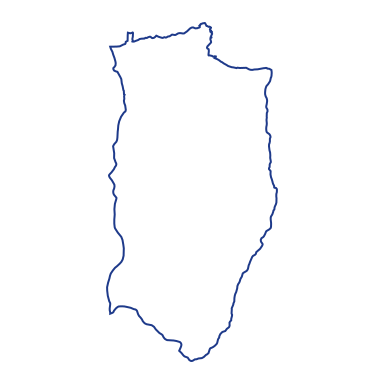 outline of San José De Miranda, Santander, Colombia
{"feature_id": "7082276B56254263811403", "entity_name": "San José De Miranda", "entity_type": "district", "adm_level": 2, "iso_a3": "COL", "parent_name": "Colombia", "parent_adm1": "Santander", "projection": "albers", "projection_center": [-72.731, 6.627], "detail": "fine", "context": "isolated", "style": "outline", "palette": "blue", "viewbox_px": 384, "rotation_deg": 0, "n_neighbors": 0, "source": "geoboundaries", "source_scale": "gbopen_adm2", "svg_char_len": 5910}
<svg xmlns="http://www.w3.org/2000/svg" viewBox="0 0 384 384"><path d="M179.2,350.8L181.5,353.0L183.4,355.4L184.5,356.4L187.7,357.6L189.4,360.1L190.8,360.9L191.5,361.0L192.6,360.8L195.0,359.3L196.0,359.3L196.7,359.2L198.4,358.5L201.8,358.1L202.4,357.8L203.8,357.0L206.0,354.9L207.0,354.4L208.5,353.1L209.7,349.3L210.1,348.5L210.9,348.0L211.6,347.8L213.3,346.9L214.8,345.8L216.6,344.0L217.2,342.9L218.0,339.5L218.5,338.5L219.2,337.6L219.3,336.3L220.3,334.1L222.1,332.2L222.6,331.9L225.3,331.0L226.8,328.9L228.9,327.3L229.3,326.6L229.6,325.5L229.5,322.6L230.0,321.7L231.2,320.3L231.2,319.0L232.0,315.9L232.1,314.8L231.6,313.6L231.6,312.7L231.8,309.1L231.7,308.3L232.8,305.8L233.3,304.5L233.4,303.5L234.3,301.4L234.4,298.1L234.8,295.6L235.3,293.9L236.2,292.0L237.2,288.3L237.4,286.1L237.9,284.8L238.3,283.9L239.1,282.8L239.5,282.0L240.0,280.6L240.3,279.3L240.9,278.2L241.8,276.7L242.7,273.6L243.3,272.9L246.5,271.0L247.0,270.5L247.6,269.6L248.0,268.7L248.7,265.3L249.4,263.8L250.0,262.0L252.2,256.9L253.0,255.9L255.1,254.7L255.8,253.9L256.3,252.1L260.1,248.8L262.1,245.8L262.6,244.6L262.5,243.8L261.2,242.0L260.9,241.2L260.8,240.3L260.8,239.7L261.5,238.2L263.3,237.0L264.0,236.1L265.1,234.0L266.0,231.7L266.4,231.1L269.4,229.3L270.7,228.0L271.0,226.9L271.1,224.8L271.1,223.0L270.7,219.5L270.7,217.8L271.0,216.5L272.3,214.4L273.2,211.8L273.5,210.4L274.2,209.7L274.4,209.2L274.5,207.7L274.9,206.4L275.9,204.3L276.4,202.5L276.5,198.1L276.3,196.7L276.3,194.7L276.4,193.7L276.8,192.3L276.9,191.1L276.9,189.7L276.8,189.0L276.0,188.0L275.6,187.9L274.8,187.8L274.4,187.7L274.2,187.4L274.1,185.8L273.2,184.1L272.7,182.7L272.5,181.7L272.2,180.7L272.0,179.9L271.0,177.1L270.5,174.4L270.6,171.1L269.0,169.1L269.0,168.2L269.6,167.1L269.7,164.5L270.0,163.6L270.8,162.2L270.8,161.9L270.8,161.3L270.2,158.0L270.3,155.2L270.1,152.5L269.5,150.3L269.0,146.3L269.1,144.1L269.5,143.3L269.9,141.4L269.9,138.7L270.1,138.0L270.4,137.6L270.5,136.7L270.3,135.8L269.7,134.6L269.3,134.1L267.2,132.6L266.7,132.0L266.4,131.0L266.2,129.0L266.3,127.1L266.7,125.0L266.8,123.3L266.5,120.0L266.8,117.5L266.7,116.6L266.8,113.6L266.8,113.1L267.5,111.4L267.5,110.6L267.4,109.5L266.4,107.7L266.2,106.9L266.3,105.9L266.7,104.2L267.1,101.4L267.1,100.2L266.7,98.3L265.7,96.4L265.2,94.6L265.1,94.0L265.1,92.2L265.4,89.2L266.0,87.1L266.5,86.0L268.1,84.2L269.6,81.9L270.1,81.0L270.8,77.9L271.2,77.1L271.5,75.8L271.7,73.0L271.6,71.4L271.4,70.0L269.3,68.8L267.3,68.6L266.9,68.1L266.0,67.9L264.9,68.1L263.6,68.2L257.8,69.3L254.2,69.5L252.4,69.9L250.6,69.8L249.2,69.4L246.2,67.8L239.9,68.0L237.3,67.7L236.6,68.1L233.4,67.4L231.7,67.2L228.1,66.0L226.6,65.0L223.7,63.4L222.1,62.2L221.1,61.8L218.9,60.1L217.3,59.2L214.4,58.0L214.5,57.6L215.6,57.3L215.9,56.8L215.8,56.4L214.5,56.3L213.9,56.6L212.8,56.5L212.0,55.9L209.7,55.4L208.7,55.4L208.5,55.1L208.5,54.3L208.8,51.6L208.8,50.2L208.6,49.2L207.3,48.4L207.0,47.7L207.2,46.9L207.5,46.3L210.7,42.9L211.1,42.2L211.0,41.3L210.4,39.5L210.4,38.5L210.6,37.5L211.4,37.6L211.5,37.4L211.1,36.6L211.2,35.8L212.1,33.9L211.7,33.2L211.9,32.9L211.6,32.5L211.9,31.9L211.7,31.7L211.3,31.7L210.9,32.0L210.5,31.9L210.3,31.5L210.4,31.2L211.0,30.9L211.0,30.6L210.2,30.4L209.9,29.4L210.0,29.0L211.0,27.8L211.0,27.6L210.3,27.1L209.6,26.7L209.4,26.7L209.0,26.8L208.5,26.8L207.4,26.1L206.5,25.9L205.3,23.6L205.1,23.2L204.4,23.0L203.3,23.3L202.4,23.4L201.8,23.8L201.0,23.9L200.7,24.1L199.9,25.1L200.2,25.1L199.7,26.0L199.8,27.1L199.4,27.5L198.3,27.8L197.4,28.2L196.1,28.3L195.2,28.3L193.0,27.4L191.6,27.6L190.0,28.5L187.1,31.3L184.1,33.4L183.0,33.5L180.4,33.1L179.5,33.1L178.1,33.4L175.6,34.9L174.9,35.0L172.1,34.6L169.6,36.3L168.0,36.5L167.0,37.1L165.9,37.6L164.3,37.2L163.0,37.8L162.4,37.9L161.9,37.8L158.6,36.8L156.6,35.8L156.3,35.7L155.2,36.9L154.1,37.7L153.7,37.9L152.4,38.1L151.8,37.9L150.5,36.8L149.8,36.7L148.2,37.2L146.8,38.0L145.8,37.8L145.3,37.9L144.6,38.5L143.6,38.5L143.1,38.7L142.6,38.7L142.2,38.6L139.7,39.0L138.2,40.0L135.4,41.0L134.5,41.4L133.8,41.6L132.7,41.6L132.4,41.5L132.8,40.5L132.4,39.4L132.4,38.7L132.8,36.8L133.0,33.0L132.9,32.7L132.7,32.5L132.2,32.7L131.1,33.1L130.2,33.3L127.9,32.7L127.7,35.5L127.6,40.8L125.8,41.8L125.5,43.4L125.3,43.8L125.1,44.0L123.2,44.6L119.9,46.3L116.6,46.6L110.2,46.7L110.9,48.9L112.4,51.8L113.2,54.6L114.4,57.8L115.4,61.4L115.7,63.1L115.5,65.4L114.4,67.0L113.4,68.0L113.3,68.9L113.7,69.9L114.3,70.7L116.2,71.5L117.4,71.8L120.3,77.0L121.3,79.1L121.8,83.3L122.6,86.1L123.3,89.7L123.4,90.2L123.8,90.7L124.0,94.3L124.6,94.7L124.1,96.1L124.3,98.9L123.9,100.8L124.3,103.2L125.2,105.5L125.8,109.9L125.4,111.4L123.9,112.6L121.1,116.7L119.2,121.3L118.3,125.4L118.0,129.2L117.7,131.7L117.4,137.6L117.1,139.9L116.4,141.7L114.1,144.3L113.1,146.2L114.2,153.2L114.1,158.1L115.7,162.5L116.2,163.3L116.3,164.5L116.0,165.6L114.9,167.1L113.9,169.2L111.4,172.5L110.2,173.7L109.2,174.9L109.0,175.6L109.3,176.7L110.0,177.9L111.9,180.3L113.8,183.6L114.4,184.8L114.5,186.6L114.1,188.6L113.4,190.3L113.2,191.9L113.4,193.3L113.9,194.6L116.4,197.7L116.4,198.7L114.9,203.9L114.4,209.1L114.7,214.6L114.3,219.6L114.3,223.6L114.7,227.3L115.1,228.4L117.8,232.6L120.1,235.4L121.3,236.9L122.5,240.0L123.3,244.6L123.8,248.3L123.6,255.7L122.7,259.4L121.4,261.8L119.8,263.6L117.0,266.2L115.0,267.8L112.9,270.4L110.8,273.5L110.0,275.8L109.4,278.5L108.1,282.7L107.1,287.2L107.2,290.7L107.8,295.8L109.2,301.1L110.2,303.2L110.2,304.4L109.7,308.4L109.7,310.1L110.2,312.5L110.2,313.7L112.7,312.7L113.5,311.9L114.0,310.7L116.0,308.3L117.6,307.0L118.6,306.5L121.0,306.3L124.1,306.4L126.2,306.8L130.7,307.8L133.7,309.1L135.5,309.5L136.4,310.1L137.0,310.9L138.1,314.2L139.0,315.9L140.6,317.6L142.1,319.6L142.5,320.7L143.8,322.4L144.9,323.4L146.5,324.2L151.7,325.2L154.0,326.8L155.8,329.4L159.4,333.0L161.7,334.4L162.5,335.1L163.6,337.3L164.8,338.8L166.2,339.7L167.1,340.1L173.6,340.5L176.4,341.0L179.8,342.0L180.6,342.7L181.1,343.5L181.4,344.4L181.3,345.6L180.9,346.9L179.2,350.8Z" fill="none" stroke="#1e3a8a" stroke-width="2"/></svg>